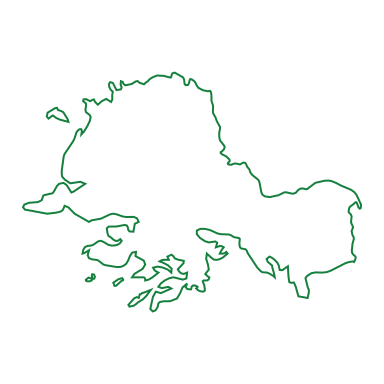 Hwanghae-namdo, Robinson projection
{"feature_id": "PRK-3304", "entity_name": "Hwanghae-namdo", "entity_type": "Province", "adm_level": 1, "iso_a3": "PRK", "parent_name": "North Korea", "parent_adm1": "", "projection": "robinson", "projection_center": [125.529, 38.191], "detail": "fine", "context": "isolated", "style": "outline", "palette": "green", "viewbox_px": 384, "rotation_deg": 0, "n_neighbors": 0, "source": "natural_earth", "source_scale": "10m", "svg_char_len": 5960}
<svg xmlns="http://www.w3.org/2000/svg" viewBox="0 0 384 384"><path d="M353.9,262.0L353.2,261.4L349.6,261.9L345.6,263.1L330.7,270.7L326.8,272.1L322.5,272.6L315.5,272.4L311.4,273.2L307.5,275.7L305.8,277.5L305.5,278.2L307.8,287.5L308.9,290.0L308.7,293.1L307.6,298.0L298.4,296.3L295.8,286.9L293.9,282.5L291.1,282.8L289.3,282.1L288.5,276.9L287.9,266.3L282.3,270.2L279.7,270.0L278.7,265.4L277.4,262.8L274.6,259.8L271.5,257.5L269.5,256.6L266.6,259.0L267.8,261.9L272.0,265.4L272.4,267.8L274.2,274.0L274.7,277.3L273.1,275.8L268.9,273.3L267.0,272.6L262.3,272.2L260.4,270.9L257.3,267.6L247.8,253.3L246.9,251.0L245.8,249.4L241.2,248.4L240.1,247.5L239.6,245.8L239.4,243.2L239.8,238.9L238.9,238.0L234.1,237.2L230.7,235.1L228.9,234.5L221.0,234.2L217.6,233.5L209.9,230.0L205.1,228.9L200.3,228.9L196.9,230.5L196.8,234.2L200.2,238.1L205.0,241.2L208.7,242.4L215.3,241.5L217.2,242.8L215.9,247.3L219.8,246.0L221.7,246.2L223.7,247.3L221.4,250.3L219.8,253.6L223.3,253.6L224.8,253.1L226.3,251.9L227.6,253.6L222.9,257.5L220.3,258.9L217.2,259.8L214.1,259.7L211.8,258.1L206.8,253.6L206.2,259.0L207.9,264.4L208.8,269.6L205.3,274.0L208.1,276.7L209.3,277.3L208.6,279.5L207.3,280.4L203.5,280.5L202.7,281.2L204.2,285.2L204.8,288.6L204.8,290.6L203.5,291.6L201.5,291.5L199.6,291.0L197.9,290.1L196.2,288.5L197.0,288.0L197.6,286.8L195.3,285.6L193.2,285.4L191.7,286.6L191.1,289.3L189.8,289.4L187.3,289.0L185.7,287.2L187.1,283.5L182.5,287.5L180.1,293.2L177.0,298.5L170.1,301.2L163.4,301.3L159.9,302.0L158.4,303.4L157.5,307.3L155.4,310.4L152.7,311.4L150.3,308.9L152.9,297.0L155.8,291.7L160.9,293.1L171.3,288.5L168.4,286.9L161.8,288.1L158.4,286.8L160.8,283.5L164.8,280.4L169.4,278.2L173.4,277.3L182.8,279.6L186.4,278.5L187.1,272.6L183.9,273.9L181.3,273.4L179.3,271.7L177.8,269.3L183.5,263.2L183.8,260.8L178.6,259.8L174.9,258.5L173.3,256.1L171.5,254.7L167.4,256.6L168.8,259.8L163.9,259.8L161.7,260.2L159.6,261.4L163.3,262.8L168.1,265.4L171.6,268.7L171.3,272.6L167.8,269.6L162.7,267.5L157.4,266.6L153.1,267.7L154.0,269.4L155.2,270.8L158.4,272.6L152.4,277.4L148.7,279.6L145.2,280.5L145.2,279.0L144.7,277.9L143.8,277.3L132.1,277.3L134.4,273.9L142.7,268.8L145.2,264.5L143.8,260.6L135.5,256.1L136.0,251.9L132.2,252.6L130.0,255.9L128.3,260.2L126.2,263.8L123.2,266.0L120.1,267.0L116.6,267.0L105.5,265.2L103.4,264.5L98.2,260.4L96.2,259.8L92.0,259.4L88.9,258.1L87.7,255.2L89.0,250.3L84.3,253.1L82.5,253.6L83.3,249.7L84.9,247.2L87.5,245.9L91.0,245.6L93.4,244.7L98.3,241.3L100.9,240.8L103.5,241.9L108.5,244.9L111.9,245.6L115.0,245.4L117.7,244.7L119.9,243.3L121.7,240.8L120.3,239.1L118.2,240.6L116.1,241.0L114.0,240.1L110.0,236.7L109.0,236.4L108.4,235.8L107.4,232.8L106.8,228.3L108.6,226.6L116.5,226.5L124.9,224.9L127.1,225.7L127.9,227.7L128.3,229.9L129.4,231.4L133.4,231.7L134.8,223.8L138.7,221.9L137.0,218.3L133.8,216.9L126.2,217.0L122.8,216.5L116.2,214.2L113.3,213.7L110.2,214.3L100.9,218.7L91.7,220.3L89.0,221.9L74.6,213.7L68.4,207.4L64.6,205.8L62.9,209.9L60.8,211.5L56.0,212.7L47.2,213.7L24.9,209.6L23.0,207.2L24.3,204.6L28.9,202.8L37.9,202.1L41.7,200.2L43.3,195.6L44.6,195.0L52.5,193.3L53.9,191.5L57.1,185.8L59.1,183.8L63.5,182.9L66.6,185.0L71.4,192.5L73.4,191.7L85.2,183.8L80.4,181.8L70.3,183.3L64.9,179.7L62.2,176.7L61.8,174.9L61.7,171.0L63.7,156.4L64.5,154.1L72.9,141.6L74.3,139.0L76.6,132.0L78.8,129.6L80.3,129.1L81.3,129.3L81.9,131.0L81.4,134.4L83.8,131.8L87.0,126.7L89.8,121.0L90.7,117.1L89.5,114.8L86.1,112.3L85.4,110.0L86.1,105.3L85.9,103.4L83.1,101.1L83.6,99.3L86.3,99.2L90.1,101.2L92.3,99.9L93.9,99.4L94.9,101.7L97.8,104.7L101.9,101.1L106.3,98.9L111.1,102.0L112.3,99.4L112.2,95.1L112.8,91.7L110.7,89.7L109.3,87.0L108.9,84.2L110.2,82.1L112.9,83.0L116.5,90.1L120.9,89.4L121.6,87.6L120.6,84.3L120.9,81.2L122.7,81.9L123.6,84.1L125.4,85.3L131.6,84.0L136.1,81.3L137.6,81.1L139.6,82.8L144.0,84.3L146.0,82.4L147.6,81.5L149.6,79.2L152.6,77.3L157.0,75.5L164.1,75.9L168.5,77.2L170.8,77.5L171.3,76.7L171.6,75.0L172.5,73.3L174.7,72.6L183.2,77.5L184.1,79.7L184.6,84.0L185.8,85.2L188.1,84.9L189.1,82.7L189.6,80.2L190.4,79.0L192.3,79.7L194.2,81.2L195.6,83.0L196.2,84.5L198.2,87.7L202.8,90.2L208.1,91.3L209.9,90.8L210.8,91.8L211.4,94.7L211.5,101.0L213.1,105.8L212.9,111.9L213.2,113.4L215.5,117.4L216.8,121.2L220.0,126.9L220.1,128.1L219.2,133.0L219.3,136.7L219.6,138.9L220.3,140.8L224.1,145.6L224.7,147.2L223.9,149.3L222.2,151.2L220.7,152.2L220.7,153.0L222.0,154.3L225.9,156.2L229.4,159.4L229.7,160.5L229.5,161.4L228.2,162.7L227.8,163.6L228.3,164.4L231.1,164.8L234.2,163.6L235.7,163.5L240.0,164.4L243.0,162.7L244.1,162.6L245.3,163.0L246.2,164.4L247.2,166.8L249.5,169.6L250.1,171.9L251.1,173.5L252.5,175.2L257.8,179.4L258.9,180.8L259.6,183.0L261.3,192.1L262.2,194.3L263.4,195.4L265.0,196.4L269.9,197.1L278.6,195.2L284.4,192.3L286.2,192.3L292.3,193.7L294.3,193.4L295.9,192.7L297.8,190.4L300.0,188.8L302.4,188.4L306.0,189.2L307.2,189.0L315.4,182.8L324.7,180.7L329.0,180.6L331.5,181.1L335.8,182.8L341.3,185.7L351.1,189.8L354.5,192.3L356.3,194.6L357.5,196.9L361.0,204.6L360.9,206.9L360.6,208.2L359.8,208.7L358.5,207.5L356.9,203.0L356.4,202.3L355.6,202.2L352.7,204.8L350.3,206.4L349.3,207.8L348.7,210.5L348.7,212.2L351.0,214.7L351.6,216.4L351.0,222.3L353.1,227.3L351.6,231.1L352.4,234.8L353.7,237.3L353.8,239.2L352.6,243.3L351.8,250.6L352.1,252.9L353.1,254.4L355.4,256.5L355.7,257.7L355.1,260.0L353.9,262.0ZM63.3,112.2L67.7,119.3L68.4,121.9L60.2,119.7L56.4,118.1L52.8,115.4L48.5,118.6L46.8,116.5L47.6,112.7L54.8,108.3L57.0,107.8L58.0,110.0L61.1,111.0L63.3,112.2ZM143.5,292.8L150.8,289.9L146.1,296.2L142.8,299.4L137.8,302.5L136.2,304.0L133.5,305.8L129.5,306.6L128.4,304.9L134.1,298.4L136.8,297.1L138.8,297.9L139.7,294.3L140.7,294.3L142.2,292.9L143.5,292.8ZM114.5,285.9L113.3,282.7L118.1,279.4L121.5,278.3L122.3,278.2L122.9,279.0L123.2,280.0L122.7,280.5L121.7,280.7L116.2,285.7L114.5,285.9ZM92.2,274.2L94.1,274.6L94.9,276.9L94.3,278.6L93.3,278.6L91.2,280.7L89.4,281.3L87.3,281.3L85.9,280.7L85.9,279.6L88.6,277.6L91.2,278.5L91.8,278.3L92.1,276.8L91.7,275.7L92.2,274.2Z" fill="none" stroke="#15803d" stroke-width="2"/></svg>